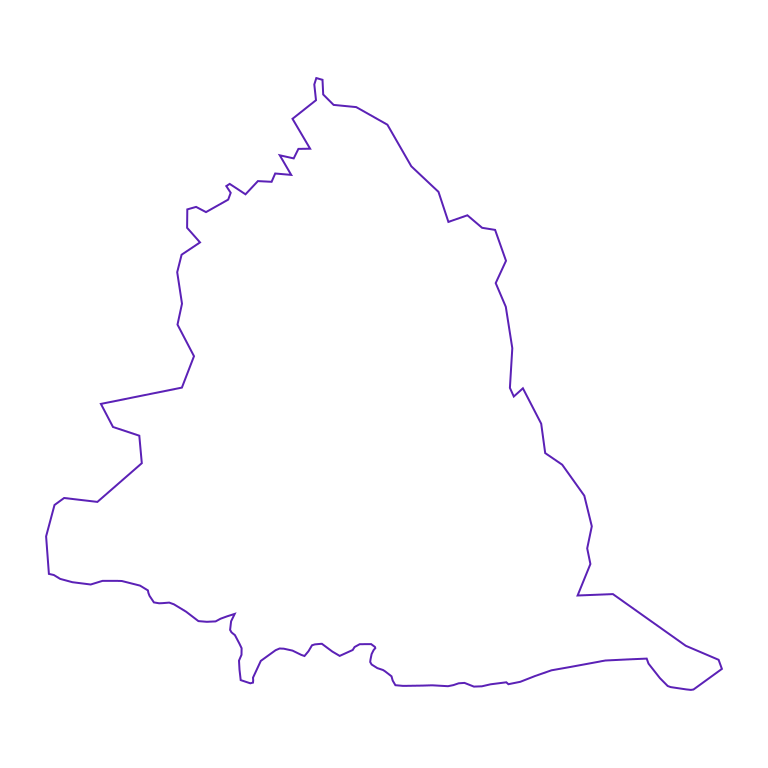 the district of Gevgelija, Gevgelija, North Macedonia
{"feature_id": "65306769B17532316382540", "entity_name": "Gevgelija", "entity_type": "district", "adm_level": 2, "iso_a3": "MKD", "parent_name": "North Macedonia", "parent_adm1": "Gevgelija", "projection": "equal_earth", "projection_center": [22.386, 41.253], "detail": "fine", "context": "isolated", "style": "outline", "palette": "violet", "viewbox_px": 768, "rotation_deg": 0, "n_neighbors": 0, "source": "geoboundaries", "source_scale": "gbopen_adm2", "svg_char_len": 2118}
<svg xmlns="http://www.w3.org/2000/svg" viewBox="0 0 768 768"><path d="M181.6,254.7L177.2,272.2L182.0,303.7L177.5,324.6L194.0,356.2L181.9,387.6L100.9,403.9L113.0,427.0L139.3,435.7L141.8,463.2L97.4,501.9L64.1,498.0L54.5,505.0L46.1,536.4L48.9,573.9L53.8,575.0L60.2,578.9L72.4,582.2L90.7,584.5L102.4,580.9L118.0,580.9L121.8,581.0L140.0,585.6L147.9,590.4L148.4,592.9L149.5,595.8L153.9,602.4L159.2,603.3L163.0,603.1L169.2,602.6L173.9,604.3L186.1,611.7L198.4,621.1L206.8,621.8L215.6,621.4L220.6,618.7L226.9,616.4L234.7,613.9L231.1,621.3L230.1,629.9L230.8,631.1L231.3,632.1L232.5,633.2L234.9,635.1L239.4,643.6L241.6,648.2L241.5,654.8L239.0,660.6L239.5,669.7L240.7,680.1L250.3,683.3L253.0,682.6L253.2,680.2L253.0,677.7L260.8,660.9L275.6,650.2L279.6,648.5L283.8,648.7L292.5,650.6L301.3,654.9L304.5,656.0L308.5,651.2L312.0,645.3L314.8,644.4L320.1,643.9L321.9,643.8L332.4,651.6L339.7,655.9L352.7,650.0L354.6,647.0L359.7,644.2L371.1,644.1L374.9,646.9L375.3,648.1L373.6,650.1L371.6,654.1L370.5,659.5L370.2,662.0L371.6,664.5L377.3,668.1L383.0,670.0L384.9,671.2L391.5,676.3L392.7,680.6L395.4,685.2L403.2,685.9L422.4,685.6L432.2,685.3L448.0,686.2L453.4,685.1L458.7,683.3L464.5,682.9L473.9,686.6L481.9,686.3L490.6,684.3L506.3,682.3L508.4,684.2L520.3,681.8L535.1,676.0L551.5,670.3L569.6,667.1L599.5,661.6L601.4,661.2L603.2,660.9L605.5,660.5L628.2,659.4L646.7,658.6L648.5,663.6L659.9,678.1L667.7,686.0L670.7,687.1L686.2,689.4L690.9,689.9L693.5,689.5L721.9,668.9L718.6,659.8L685.8,645.8L612.9,594.1L577.6,595.5L590.4,564.0L587.2,548.4L591.8,526.3L584.3,495.7L562.2,464.7L545.2,453.1L541.2,423.7L522.9,388.3L513.8,396.5L509.9,387.9L512.3,348.2L505.8,306.8L495.7,283.1L506.0,260.8L495.1,229.9L482.1,227.8L467.4,215.3L448.4,221.9L438.5,191.9L411.3,166.3L387.4,124.7L356.2,107.1L333.6,104.9L323.2,94.5L322.5,79.8L316.3,78.1L314.3,84.5L316.0,100.2L292.5,118.8L310.1,148.7L298.4,148.9L293.7,158.4L279.8,155.3L291.2,174.9L275.2,173.5L271.6,181.8L257.9,181.1L245.5,194.3L229.7,183.9L226.3,186.1L230.7,192.8L228.2,199.6L206.0,212.1L196.1,206.9L187.3,209.4L187.1,227.8L200.0,242.4L181.6,254.7Z" fill="none" stroke="#5b21b6" stroke-width="2"/></svg>